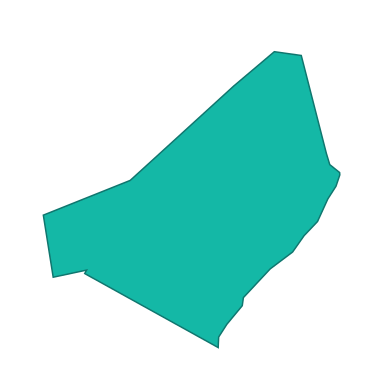 Mount Pleasant, Castries, Saint Lucia, rotated 98°
{"feature_id": "8701671B94814187921498", "entity_name": "Mount Pleasant", "entity_type": "district", "adm_level": 2, "iso_a3": "LCA", "parent_name": "Saint Lucia", "parent_adm1": "Castries", "projection": "orthographic", "projection_center": [-60.985, 14.015], "detail": "fine", "context": "isolated", "style": "filled", "palette": "teal", "viewbox_px": 384, "rotation_deg": 98, "n_neighbors": 0, "source": "geoboundaries", "source_scale": "gbopen_adm2", "svg_char_len": 470}
<svg xmlns="http://www.w3.org/2000/svg" viewBox="0 0 384 384"><g transform="rotate(98 192 192)"><path d="M339.6,144.7L331.9,145.4L318.2,139.1L297.6,126.4L289.4,126.4L257.2,103.8L237.4,84.0L219.6,74.9L203.8,63.6L179.9,56.5L166.2,50.2L154.5,48.0L152.2,48.5L145.7,59.4L135.1,64.3L41.6,102.8L41.6,130.0L81.1,165.3L175.5,243.5L189.1,254.8L235.6,336.0L295.7,317.6L284.0,285.5L287.7,286.9L342.4,144.4L339.6,144.7Z" fill="#14b8a6" stroke="#0f766e" stroke-width="1.5"/></g></svg>